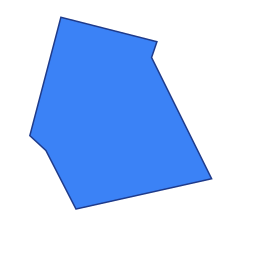 outline of 44, Ad Dawhah, Qatar, rotated 14°
{"feature_id": "91078587B22433394531175", "entity_name": "44", "entity_type": "district", "adm_level": 2, "iso_a3": "QAT", "parent_name": "Qatar", "parent_adm1": "Ad Dawhah", "projection": "albers", "projection_center": [51.528, 25.245], "detail": "fine", "context": "isolated", "style": "filled", "palette": "blue", "viewbox_px": 256, "rotation_deg": 14, "n_neighbors": 0, "source": "geoboundaries", "source_scale": "gbopen_adm2", "svg_char_len": 267}
<svg xmlns="http://www.w3.org/2000/svg" viewBox="0 0 256 256"><g transform="rotate(14 128 128)"><path d="M36.1,36.8L36.1,37.6L34.6,159.2L53.8,169.7L97.1,219.2L221.4,157.0L133.8,53.9L135.2,37.3L36.1,36.8Z" fill="#3b82f6" stroke="#1e3a8a" stroke-width="1.5"/></g></svg>